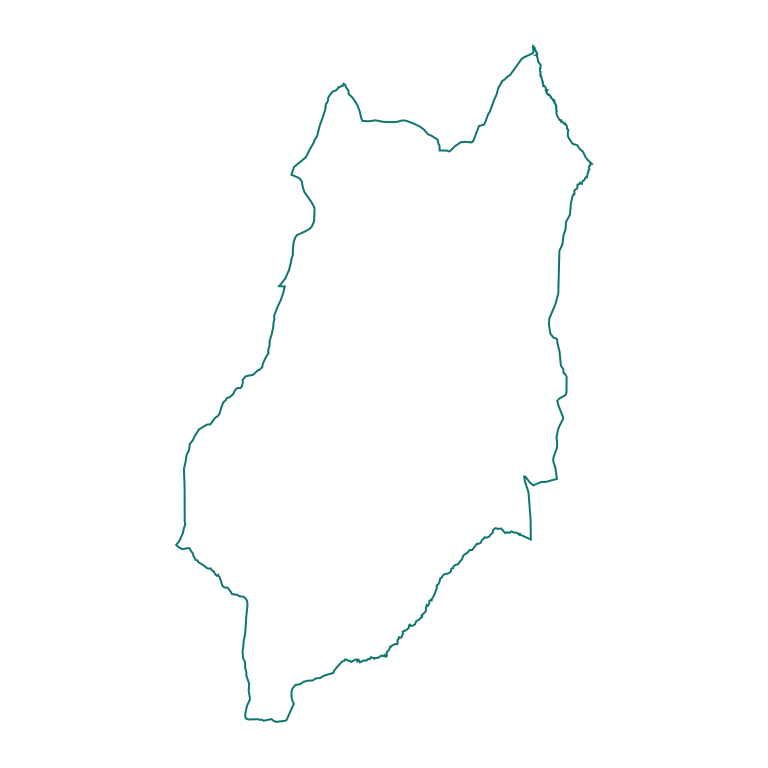 outline of Manyoni, Singida, United Republic of Tanzania
{"feature_id": "72390352B73180368039512", "entity_name": "Manyoni", "entity_type": "district", "adm_level": 2, "iso_a3": "TZA", "parent_name": "United Republic of Tanzania", "parent_adm1": "Singida", "projection": "equal_earth", "projection_center": [34.654, -6.406], "detail": "fine", "context": "isolated", "style": "outline", "palette": "teal", "viewbox_px": 768, "rotation_deg": 0, "n_neighbors": 0, "source": "geoboundaries", "source_scale": "gbopen_adm2", "svg_char_len": 6056}
<svg xmlns="http://www.w3.org/2000/svg" viewBox="0 0 768 768"><path d="M589.4,169.4L588.9,166.6L590.4,165.1L590.3,163.9L591.8,163.7L587.5,159.8L585.6,157.2L582.9,151.7L579.5,148.8L577.4,145.3L572.5,143.7L568.8,138.1L567.8,135.9L567.9,131.7L568.4,130.0L567.1,128.7L566.8,126.2L566.1,124.7L565.0,124.4L565.0,123.4L563.6,123.3L563.1,122.3L561.7,121.7L561.4,120.7L561.0,121.2L560.8,120.4L559.6,120.0L556.8,115.1L556.3,111.7L556.9,111.0L556.0,109.0L556.5,106.5L555.8,105.9L556.0,104.8L554.5,103.1L554.9,102.2L553.8,101.4L554.1,100.1L553.0,100.2L552.6,99.1L551.4,98.3L551.1,97.3L550.5,97.2L550.6,96.5L549.8,95.2L549.0,94.5L548.2,94.9L546.4,92.8L547.1,91.4L546.1,90.7L546.9,90.1L545.8,90.0L546.0,89.3L545.5,87.2L544.3,86.1L543.2,86.2L543.3,84.6L542.6,83.1L543.0,82.1L542.0,80.1L541.3,76.8L540.7,76.5L540.9,75.3L540.1,74.9L540.7,71.9L540.1,71.3L539.8,69.5L540.0,68.4L540.5,68.2L540.4,66.6L540.8,65.3L538.0,61.2L537.8,59.0L536.9,56.3L537.0,55.2L536.4,55.1L536.9,54.9L536.8,54.1L537.2,54.1L537.0,52.8L536.2,52.1L534.4,47.4L533.1,46.1L532.8,47.5L533.7,51.2L532.6,53.4L524.2,57.2L521.5,59.1L509.9,75.3L507.6,76.5L504.6,79.5L501.7,81.4L501.6,82.3L498.3,88.1L496.5,94.7L494.0,100.2L490.0,111.3L488.1,114.4L485.4,121.8L483.9,124.7L479.0,126.0L473.3,140.9L471.6,142.4L464.6,141.8L460.7,142.3L454.7,146.4L450.0,151.1L448.4,151.4L447.4,150.6L439.6,150.5L439.5,145.6L438.4,143.7L438.0,140.5L437.4,139.5L430.9,135.4L428.0,134.3L424.0,129.6L419.8,126.5L412.4,123.0L405.9,120.7L402.5,120.4L396.3,122.0L391.4,122.1L383.0,121.8L375.5,120.3L368.5,121.3L362.4,120.9L361.4,118.7L359.7,111.4L357.6,105.6L352.9,98.1L348.6,93.9L348.5,90.9L345.5,86.4L345.5,85.3L343.8,83.8L342.8,85.7L342.4,85.4L339.4,87.3L338.5,87.1L337.6,88.9L335.6,90.7L332.9,91.3L329.6,95.4L328.2,97.8L328.0,100.2L327.0,102.9L325.8,104.2L325.3,109.0L324.5,112.1L319.5,126.4L317.1,136.1L314.8,139.6L313.7,142.7L309.3,150.3L305.8,157.3L294.1,166.9L291.4,174.7L298.8,177.9L300.6,179.6L301.8,181.7L302.6,186.4L304.2,191.7L311.5,202.2L314.5,207.9L314.2,219.3L313.9,221.8L311.5,227.1L309.5,228.9L305.9,231.0L297.0,235.1L295.3,237.4L293.7,241.9L292.9,249.6L292.8,255.3L291.4,258.8L291.1,261.8L288.9,270.3L285.3,278.5L279.1,286.2L284.8,286.5L283.3,292.8L280.6,300.5L277.5,306.9L274.2,315.6L274.3,319.1L273.3,324.5L273.4,326.2L271.8,333.8L269.7,340.7L269.6,345.6L268.2,350.2L268.4,353.5L266.8,355.6L264.5,360.0L262.7,364.2L262.3,367.0L259.5,369.8L257.7,370.4L253.3,374.7L245.5,376.4L242.7,379.8L242.8,383.3L241.6,387.0L240.1,388.2L238.4,387.9L236.1,389.0L235.2,389.9L233.1,394.2L229.7,397.2L227.0,398.0L225.1,401.0L223.3,402.1L221.0,408.3L219.9,412.7L218.3,415.6L214.7,418.3L210.4,424.3L207.0,424.6L199.0,429.4L194.5,436.5L193.0,440.0L189.8,444.1L189.0,450.1L186.5,455.3L185.6,461.8L183.9,468.9L184.6,487.2L184.7,521.3L185.3,524.2L184.0,527.9L182.8,533.3L179.3,541.0L176.2,545.0L178.4,547.0L182.4,549.2L188.3,548.1L189.9,548.5L190.3,550.0L192.8,553.5L193.5,556.0L195.7,559.9L197.5,560.4L198.3,562.1L203.6,565.3L206.5,567.8L208.2,568.6L210.6,568.4L212.1,570.5L213.8,571.3L215.1,574.1L217.0,575.8L218.2,574.9L218.4,575.9L219.7,577.2L222.6,586.3L225.2,587.6L227.4,587.7L230.0,590.6L232.0,594.1L237.2,594.8L239.4,596.2L243.8,596.9L245.5,598.4L247.1,600.9L247.5,605.3L246.3,616.0L245.4,630.4L244.8,636.0L243.6,641.2L243.3,647.3L242.6,650.8L243.0,658.2L245.1,662.2L245.1,667.5L246.4,672.4L246.3,675.4L249.1,683.6L248.7,691.1L249.9,697.7L249.7,700.0L247.1,705.6L245.6,712.1L245.1,716.5L246.2,718.7L248.5,719.5L257.8,719.2L259.8,719.8L261.5,719.6L263.6,720.7L271.4,719.1L273.8,720.9L276.3,721.9L285.5,720.7L286.6,720.0L293.8,703.7L292.7,701.5L291.5,697.1L291.5,692.0L292.5,688.5L295.4,685.0L300.3,684.1L303.6,681.8L307.6,680.7L312.5,680.5L315.7,678.5L320.4,677.9L323.9,675.7L333.4,672.9L333.9,671.0L337.6,666.4L342.2,661.5L344.1,661.0L345.0,659.6L345.7,659.4L348.6,660.8L349.9,660.7L351.2,662.0L354.8,659.9L356.4,659.5L356.9,659.7L357.3,661.3L358.6,659.9L359.9,662.3L364.2,660.3L366.5,660.7L368.1,659.0L369.8,659.1L371.0,657.2L373.5,658.0L374.3,658.8L374.9,658.0L377.7,658.0L381.3,655.6L382.7,656.2L383.2,655.6L384.1,655.9L384.7,655.1L385.4,656.6L386.4,656.6L386.9,655.5L386.7,652.9L387.1,651.8L389.2,649.6L390.2,646.6L391.2,646.7L392.2,645.4L395.0,644.1L397.2,644.3L397.7,643.2L397.4,640.1L398.6,639.0L399.0,637.2L400.9,637.7L401.5,637.3L403.0,633.5L402.7,631.9L403.8,630.8L404.8,630.9L406.4,630.0L408.9,627.7L408.9,626.0L409.6,624.7L410.1,624.7L410.9,625.9L412.6,625.7L415.0,624.4L416.2,621.2L418.8,619.8L422.2,616.7L422.2,616.1L421.6,615.7L422.0,614.9L425.1,612.1L425.9,610.7L425.9,608.5L426.7,605.1L427.9,605.8L429.2,603.4L429.4,600.9L430.2,600.2L431.6,600.5L431.7,599.3L434.2,595.1L437.0,587.6L436.6,585.7L438.4,584.1L439.5,581.9L440.3,578.2L441.4,577.8L443.7,574.6L445.3,573.9L447.7,573.7L450.7,571.8L451.4,568.7L453.1,568.2L453.3,566.7L455.1,565.1L458.3,564.1L460.4,560.9L462.0,559.4L462.7,557.6L462.7,556.7L464.0,554.9L467.3,552.8L469.7,550.0L472.2,550.0L476.9,543.8L477.8,544.0L480.4,543.0L482.1,539.8L483.4,539.0L484.5,537.3L485.8,537.7L489.1,536.8L490.2,535.0L492.7,532.7L493.3,529.7L495.4,528.2L498.5,528.9L501.2,528.5L505.2,533.1L507.3,532.2L509.5,532.9L511.4,531.4L514.4,532.7L516.8,532.7L518.2,534.0L519.7,533.7L519.7,534.9L520.5,534.8L530.8,539.5L530.6,519.6L528.5,492.4L525.1,482.0L524.2,476.6L525.3,476.7L530.3,483.0L533.4,485.3L540.9,482.1L545.4,482.0L556.9,478.9L555.5,468.4L553.3,461.4L553.3,459.0L553.7,456.8L556.9,448.0L557.2,443.1L556.5,437.5L557.9,430.1L559.0,426.9L563.2,418.6L563.1,417.2L558.5,405.7L557.2,401.1L559.0,398.8L565.6,395.0L566.5,392.4L566.6,376.7L564.7,373.6L563.6,373.1L563.2,369.0L560.9,365.8L559.5,351.4L557.4,343.2L557.1,339.5L556.4,338.6L553.5,337.6L550.8,334.4L550.3,333.4L548.9,324.5L549.3,318.6L555.3,304.5L558.3,293.3L559.4,250.8L562.4,244.4L563.5,235.4L565.5,229.5L566.0,222.1L570.0,214.5L570.9,203.2L572.6,196.0L573.6,194.4L574.4,194.3L574.4,190.6L577.4,187.9L577.5,184.7L579.0,184.2L579.7,183.0L579.9,183.5L581.9,183.8L582.0,182.5L582.8,181.0L583.9,180.5L585.9,177.2L587.0,177.3L587.6,173.7L588.4,172.2L588.3,170.3L589.4,169.4Z" fill="none" stroke="#0f766e" stroke-width="2"/></svg>